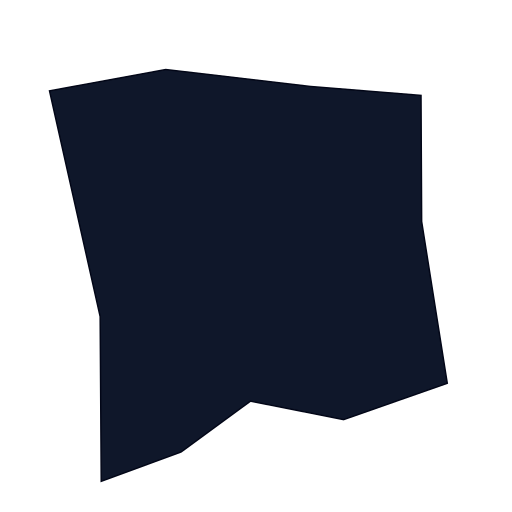 outline of Praslin, rotated 171°
{"feature_id": "LCA-5084", "entity_name": "Praslin", "entity_type": "Quarter", "adm_level": 1, "iso_a3": "LCA", "parent_name": "Saint Lucia", "parent_adm1": "", "projection": "mercator", "projection_center": [-60.926, 13.871], "detail": "fine", "context": "isolated", "style": "filled", "palette": "ink", "viewbox_px": 512, "rotation_deg": 171, "n_neighbors": 0, "source": "natural_earth", "source_scale": "10m", "svg_char_len": 319}
<svg xmlns="http://www.w3.org/2000/svg" viewBox="0 0 512 512"><g transform="rotate(171 256 256)"><path d="M444.1,57.7L419.4,220.5L434.1,451.4L316.0,454.3L176.0,415.0L67.9,388.8L87.0,264.2L87.0,211.8L87.0,100.4L195.1,80.7L284.2,113.5L360.6,74.2L444.1,57.7Z" fill="#0f172a" stroke="#020617" stroke-width="1.5"/></g></svg>